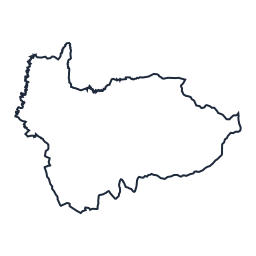 Chiang Kham, Phayao, Thailand
{"feature_id": "78962969B51854654401236", "entity_name": "Chiang Kham", "entity_type": "district", "adm_level": 2, "iso_a3": "THA", "parent_name": "Thailand", "parent_adm1": "Phayao", "projection": "robinson", "projection_center": [100.283, 19.484], "detail": "fine", "context": "isolated", "style": "outline", "palette": "slate", "viewbox_px": 256, "rotation_deg": 0, "n_neighbors": 0, "source": "geoboundaries", "source_scale": "gbopen_adm2", "svg_char_len": 5533}
<svg xmlns="http://www.w3.org/2000/svg" viewBox="0 0 256 256"><path d="M185.2,79.6L178.4,77.8L175.9,78.1L168.0,77.8L163.5,78.7L162.0,78.2L161.4,77.4L159.3,76.4L158.6,75.1L157.1,74.3L153.8,73.9L148.7,76.5L143.0,77.5L139.8,77.3L138.3,78.2L137.1,77.8L136.2,78.7L134.7,78.8L133.6,79.4L132.8,78.9L132.6,79.2L131.5,79.0L130.3,78.0L130.1,77.5L127.5,77.3L125.7,77.5L125.9,79.1L121.2,79.6L120.6,79.2L120.2,80.0L119.9,79.8L119.8,80.1L119.6,79.6L119.3,80.0L119.0,79.7L117.6,79.9L117.3,80.2L116.7,79.3L116.5,79.7L116.3,79.4L115.5,79.8L113.3,78.9L112.3,79.1L111.7,79.3L109.4,84.8L107.8,85.0L106.6,85.8L106.5,86.4L105.5,87.1L105.2,88.9L103.7,88.8L103.6,90.1L103.3,90.4L103.0,90.2L102.7,90.8L102.3,91.0L101.3,91.0L101.2,90.4L100.6,90.8L100.2,90.5L99.7,90.8L99.6,90.2L99.2,90.2L99.2,90.8L97.7,90.6L97.1,91.2L97.3,90.4L96.0,90.9L96.2,90.4L95.8,90.2L95.4,91.3L94.3,91.4L94.6,92.5L93.6,92.6L93.3,92.0L93.7,91.7L93.7,91.3L93.4,91.4L93.4,91.1L92.9,90.8L93.3,90.4L93.0,89.6L92.4,89.5L92.4,89.1L91.5,88.9L91.0,88.3L90.6,88.6L90.4,88.0L90.8,87.4L90.1,86.9L90.0,86.3L89.5,85.9L89.3,86.4L89.6,87.4L89.1,88.1L88.4,87.9L87.7,88.2L87.2,87.8L86.5,88.2L86.8,89.0L87.2,89.1L87.1,89.9L86.6,89.0L85.1,88.8L81.0,90.3L78.9,89.6L77.9,89.0L77.1,89.0L76.2,88.4L73.2,87.8L72.3,87.0L71.2,87.0L71.0,85.4L71.1,84.6L70.7,83.6L69.3,82.4L69.5,81.4L69.2,80.9L69.1,79.0L68.8,78.7L68.8,77.9L69.3,68.9L69.1,68.2L68.0,67.9L68.3,66.9L67.8,66.2L67.9,64.8L67.6,64.3L67.8,64.0L67.6,63.2L68.2,62.4L68.0,61.7L68.6,59.9L70.2,59.1L70.9,58.3L70.4,54.0L71.0,50.3L70.3,48.6L70.6,47.8L70.2,47.4L70.2,46.2L69.8,45.6L70.2,44.2L69.2,43.0L66.9,43.2L66.5,43.4L65.9,44.5L65.3,44.8L65.5,45.4L65.3,46.0L65.0,46.0L64.1,47.3L63.1,48.1L63.2,48.6L62.8,48.7L62.1,50.2L62.5,50.4L62.4,51.4L61.9,52.0L62.1,52.5L61.7,53.2L61.0,53.2L60.8,53.5L60.4,56.6L58.2,59.4L54.5,56.9L52.9,56.5L52.0,56.6L50.4,58.1L47.3,58.6L45.4,56.7L41.2,57.6L37.3,57.3L36.0,56.0L35.8,54.9L35.5,55.2L34.8,54.9L34.2,55.8L33.5,55.2L33.5,57.0L33.3,57.5L31.9,56.1L31.1,56.4L31.8,56.6L31.1,57.5L31.9,58.0L31.2,58.2L30.9,59.4L30.0,59.7L29.8,61.1L29.0,60.7L27.9,61.6L28.9,63.2L30.2,63.4L30.7,63.7L29.4,65.0L29.9,66.1L29.7,66.6L27.3,67.6L27.6,68.6L28.6,69.2L29.0,70.0L28.4,70.4L27.9,69.5L26.6,70.6L26.3,71.2L26.6,72.1L28.0,72.3L27.2,73.9L27.9,74.5L27.7,75.5L28.3,75.9L28.4,76.4L27.2,77.4L26.5,77.2L26.5,76.3L25.4,76.4L25.2,77.4L26.1,78.0L25.1,79.3L25.1,80.4L25.9,80.1L26.1,81.4L26.6,82.0L27.8,81.7L28.3,82.1L26.4,83.7L26.4,84.1L27.3,84.8L27.1,86.6L26.6,86.8L26.6,86.3L26.0,85.7L25.1,87.2L25.6,87.9L26.2,87.4L26.7,87.5L26.2,88.8L26.9,89.9L26.4,90.5L25.9,90.1L25.1,90.1L25.2,91.3L25.9,92.4L25.3,93.2L25.7,94.2L25.5,94.6L24.9,95.0L24.1,94.8L23.7,95.0L23.4,93.7L21.8,93.4L21.3,93.0L20.9,93.7L21.4,94.5L21.7,94.2L22.4,94.5L22.2,94.9L22.7,95.4L22.5,96.1L22.8,96.8L20.4,96.7L20.1,97.0L20.7,98.0L20.5,98.7L21.0,100.4L22.1,100.9L22.7,102.2L23.2,102.3L23.9,101.9L24.4,102.6L23.3,104.1L22.9,103.9L22.7,103.1L21.8,104.0L21.8,104.6L22.9,106.6L22.3,107.9L20.6,108.1L18.7,107.2L18.0,107.6L17.9,108.3L17.0,109.4L18.0,110.9L18.7,111.0L18.6,112.1L18.1,112.4L16.0,111.9L15.9,112.4L16.6,113.7L17.5,114.0L17.3,114.5L16.3,114.7L15.5,115.7L15.4,116.4L18.4,117.4L19.8,119.4L21.4,120.5L23.7,121.4L24.9,121.4L25.8,121.8L23.8,124.4L24.8,125.2L24.1,126.6L24.7,127.3L25.1,126.7L26.7,127.9L26.4,128.3L27.3,129.3L29.1,130.4L25.4,134.0L27.8,136.5L31.0,135.7L33.8,135.8L34.1,137.1L35.5,136.6L35.8,134.1L38.4,136.4L41.1,137.8L41.1,138.3L42.8,138.8L43.6,140.4L45.1,142.0L47.1,143.3L48.3,144.6L48.4,148.6L47.9,149.6L45.8,151.0L44.9,155.8L45.5,156.4L49.7,158.3L48.7,161.9L49.2,163.9L50.2,165.3L49.8,165.7L47.7,165.8L46.7,166.5L44.8,167.0L44.6,167.4L46.4,172.5L47.1,176.8L48.3,178.0L49.0,179.3L50.3,183.9L52.3,186.5L52.0,188.6L54.1,191.3L56.1,195.1L57.1,196.0L57.7,197.7L57.5,199.0L60.1,204.9L60.9,205.8L66.8,203.1L67.6,203.0L69.2,203.5L69.7,203.9L69.6,205.9L70.3,206.6L76.7,210.8L80.7,213.0L82.5,211.2L85.7,210.1L85.0,208.5L85.4,207.5L88.6,208.0L89.6,208.7L90.1,209.8L92.3,208.8L97.3,209.0L97.6,208.6L97.6,206.3L98.4,203.4L98.2,201.0L98.8,195.7L99.4,195.1L102.8,194.4L105.9,192.9L108.3,191.1L109.1,191.3L110.6,193.7L115.1,198.7L116.0,198.7L118.8,195.9L119.0,193.8L119.8,192.6L120.1,191.0L120.0,188.3L119.2,186.3L119.1,184.7L119.9,180.9L120.9,179.3L121.6,179.5L122.9,180.7L123.0,181.6L123.8,182.4L125.8,187.0L128.1,187.6L129.4,188.5L131.2,188.9L133.1,191.3L134.1,191.9L135.0,191.3L136.5,186.2L137.1,180.1L138.2,177.7L139.1,176.9L141.9,177.6L143.4,177.6L145.1,176.0L147.0,176.6L148.2,175.1L150.6,174.6L151.5,173.9L154.3,175.1L155.4,175.0L157.6,175.7L160.7,178.1L164.6,178.9L165.2,178.7L167.7,176.9L171.2,176.4L174.0,175.0L177.2,174.9L180.5,176.6L181.6,176.4L182.9,175.4L185.1,175.5L186.3,175.9L190.3,174.1L193.1,173.5L193.7,173.1L194.3,171.8L194.9,171.6L196.5,171.4L196.9,171.8L199.3,171.8L202.9,170.2L204.3,168.8L207.1,166.9L209.7,166.1L210.6,165.4L213.0,163.3L215.3,160.5L217.1,159.4L221.6,155.1L222.0,153.9L222.1,144.9L222.5,143.8L224.1,142.4L224.9,139.4L226.9,138.1L227.7,136.2L230.7,132.8L233.1,133.1L235.8,131.7L238.3,131.8L240.2,130.6L240.6,129.1L240.6,127.3L239.1,123.4L238.5,119.9L238.4,117.6L238.6,115.9L238.3,113.3L237.2,114.8L236.4,115.3L233.5,115.4L230.7,117.9L229.6,119.3L226.5,119.2L223.0,115.0L221.4,114.1L218.2,113.0L217.1,111.1L214.6,108.1L214.0,107.7L211.9,107.8L209.9,106.2L206.6,105.1L205.5,105.6L204.5,107.3L201.8,108.1L200.9,107.6L199.7,106.1L196.3,105.5L194.1,100.6L191.7,99.1L190.9,97.3L188.9,96.4L186.1,95.9L184.0,94.8L183.1,93.7L182.6,92.1L181.9,91.5L182.0,88.2L181.2,86.8L181.0,85.5L183.3,83.2L185.2,79.6Z" fill="none" stroke="#1e293b" stroke-width="2"/></svg>